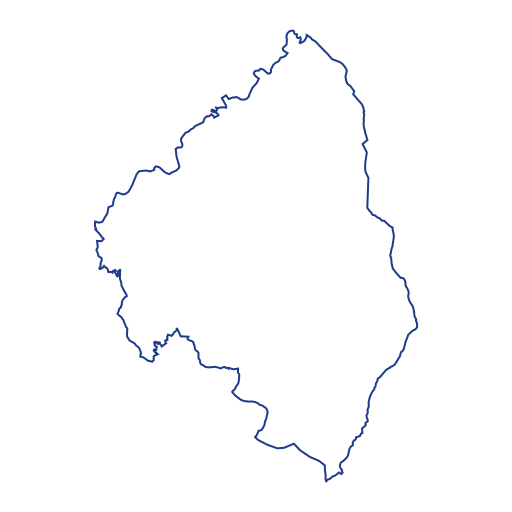 Dalboset, Caras-Severin, Romania (Albers equal-area conic projection)
{"feature_id": "2599482B18493175131384", "entity_name": "Dalboset", "entity_type": "district", "adm_level": 2, "iso_a3": "ROU", "parent_name": "Romania", "parent_adm1": "Caras-Severin", "projection": "albers", "projection_center": [21.932, 44.818], "detail": "fine", "context": "isolated", "style": "outline", "palette": "blue", "viewbox_px": 512, "rotation_deg": 0, "n_neighbors": 0, "source": "geoboundaries", "source_scale": "gbopen_adm2", "svg_char_len": 6017}
<svg xmlns="http://www.w3.org/2000/svg" viewBox="0 0 512 512"><path d="M232.7,390.9L232.2,391.9L235.1,395.4L241.0,399.9L244.4,401.1L248.8,401.6L252.5,401.5L255.5,402.2L257.9,403.2L259.6,404.8L262.3,405.5L266.5,408.6L267.7,412.0L266.2,418.6L265.0,421.7L264.4,425.1L261.9,429.7L259.9,430.6L258.6,430.8L256.9,434.9L255.1,437.1L258.1,440.0L267.2,444.7L277.3,448.3L284.1,447.8L293.9,443.7L300.1,450.3L310.0,457.0L318.9,460.8L324.8,465.3L324.9,470.0L325.7,475.4L325.5,478.2L326.0,481.2L326.3,481.3L327.6,479.7L329.9,478.9L332.0,476.9L333.7,476.0L335.4,475.5L338.9,472.5L341.3,474.0L342.6,472.7L341.9,471.2L342.1,470.1L341.2,469.3L340.2,467.2L339.8,465.5L340.8,462.6L343.5,460.8L346.3,458.1L347.5,456.3L348.3,454.4L349.3,449.2L350.8,446.6L352.5,445.6L353.0,444.4L352.7,443.0L353.0,441.9L354.1,440.4L355.2,439.9L356.0,438.7L356.0,437.3L359.8,436.1L361.2,433.5L362.4,432.9L362.0,428.5L365.6,425.4L365.5,423.0L367.7,421.3L367.8,420.3L366.6,416.8L366.5,415.4L367.4,413.8L367.8,411.6L367.5,409.8L368.1,408.1L368.5,407.7L368.8,405.6L368.6,402.7L369.1,399.9L370.0,396.5L371.8,392.6L374.3,389.1L374.5,387.6L375.5,386.5L375.8,383.9L377.6,380.2L377.7,378.7L379.8,377.3L386.4,369.6L390.3,367.5L390.4,367.0L392.6,366.1L395.0,364.3L400.1,355.9L400.5,353.7L401.2,351.9L402.4,351.3L403.8,349.0L405.5,342.2L408.3,334.7L412.1,331.1L415.4,329.3L417.1,327.3L417.1,324.4L416.4,321.3L416.0,320.8L416.1,319.3L414.5,316.3L414.2,312.9L413.5,309.0L412.6,306.1L409.7,301.6L408.8,299.2L408.1,296.1L408.7,293.4L408.5,291.3L407.3,288.5L405.9,286.3L405.4,284.1L405.5,282.9L405.1,280.9L404.2,279.2L402.8,277.9L400.6,277.8L395.7,272.3L392.8,268.5L391.6,263.2L391.1,257.7L390.2,255.8L391.6,248.8L392.7,245.7L392.6,245.3L393.9,236.5L393.5,233.4L392.6,229.6L392.6,227.6L389.7,226.0L384.4,221.0L383.2,220.6L381.9,220.6L381.2,220.1L379.6,218.2L377.9,217.7L374.7,215.3L372.5,214.8L370.7,211.9L369.4,210.8L367.3,207.8L368.4,177.8L365.6,172.1L365.1,168.5L365.3,162.9L366.8,152.4L362.6,144.0L367.4,140.0L365.4,133.3L363.8,126.5L363.6,123.1L363.9,119.8L363.6,119.1L364.2,114.9L363.6,112.0L364.2,111.7L364.1,110.7L363.6,109.5L363.6,108.5L362.9,106.4L361.8,104.2L353.2,94.3L354.2,91.3L350.3,85.9L349.4,85.5L347.1,83.3L346.0,80.1L345.6,77.4L345.6,75.4L346.2,73.7L346.8,71.0L346.2,68.9L344.5,66.4L342.4,63.9L339.9,62.1L332.9,59.5L331.7,58.8L328.0,54.4L318.7,45.0L316.7,42.7L314.8,41.0L312.1,39.5L310.4,37.4L306.7,35.1L306.8,36.4L305.0,39.9L303.8,41.4L300.3,43.2L299.6,42.5L300.8,39.7L300.7,38.6L300.2,37.2L298.3,38.1L297.4,37.7L296.7,36.9L297.0,34.3L295.1,34.2L294.5,33.6L293.8,31.3L293.3,30.7L291.5,30.7L289.0,31.6L287.0,33.9L286.4,37.2L286.9,39.4L286.6,44.3L285.5,45.7L283.6,47.1L282.7,48.7L283.5,50.7L287.6,53.1L285.2,56.1L282.8,57.2L280.6,57.7L278.6,61.3L275.5,62.9L273.4,64.7L270.9,69.6L271.0,72.1L269.7,73.5L267.7,73.5L263.4,69.6L260.3,68.8L258.9,70.6L257.0,70.6L254.8,71.2L253.7,73.4L255.1,75.6L256.2,76.7L258.9,78.7L256.5,83.3L252.6,87.5L249.9,93.2L248.6,96.9L246.7,98.8L244.4,99.6L241.2,99.6L236.7,97.1L232.4,97.6L228.8,99.1L226.0,95.4L221.8,98.1L225.8,105.0L226.3,107.1L226.1,107.7L224.0,107.3L220.9,107.4L218.1,108.0L216.2,107.7L217.2,109.6L216.6,110.7L215.7,111.0L212.4,109.7L211.7,109.8L211.6,111.4L215.8,112.5L217.6,113.7L218.5,115.3L214.1,117.6L213.4,116.0L211.6,114.3L209.1,116.3L207.2,116.2L204.7,118.0L203.3,122.0L202.0,122.9L195.3,125.9L193.4,128.0L190.6,129.6L188.5,131.6L185.5,132.8L182.3,136.9L181.0,139.0L181.1,141.4L182.2,143.6L182.4,145.9L181.3,147.4L177.4,147.6L175.7,149.0L176.5,156.5L179.4,166.6L178.5,168.4L176.2,170.6L171.1,172.8L169.5,174.2L166.3,173.1L164.1,171.6L159.6,167.4L156.8,166.5L155.3,166.6L154.2,168.4L154.2,169.9L150.4,171.4L145.8,170.5L139.0,171.3L136.7,174.1L132.1,185.4L128.5,191.8L125.0,194.2L122.4,194.3L118.3,192.8L116.9,192.8L115.9,194.4L115.2,197.1L114.0,199.0L113.3,201.9L113.1,204.3L112.4,205.7L108.5,207.2L107.4,213.2L102.3,221.8L99.6,222.6L97.9,222.5L95.2,221.5L94.9,226.4L95.9,228.1L96.2,229.6L95.6,229.7L100.2,234.6L102.1,237.5L103.6,238.6L103.7,239.0L101.5,241.2L97.0,240.9L97.3,242.5L97.7,247.1L97.5,248.0L96.5,249.4L96.6,250.8L97.3,251.9L98.5,256.1L101.2,257.9L101.7,258.8L101.9,259.7L100.6,263.1L100.5,266.2L99.3,268.5L99.8,269.1L102.4,268.0L104.0,265.9L105.5,267.4L107.0,268.2L107.8,269.7L108.1,271.7L108.5,272.1L111.0,271.8L112.4,272.7L113.2,270.8L115.3,270.0L115.8,270.8L114.8,271.4L114.7,271.9L116.8,275.4L116.9,276.1L117.5,276.4L118.2,275.6L118.2,274.8L117.8,271.7L119.6,269.9L120.2,269.9L120.2,271.1L119.9,272.1L120.1,272.7L119.9,278.8L121.3,282.7L121.4,285.4L124.2,291.0L126.5,294.8L126.8,296.1L125.1,297.1L122.9,299.7L122.3,301.0L121.8,302.9L121.9,304.4L121.1,306.0L120.9,307.4L119.3,308.6L118.8,310.7L117.5,313.8L119.8,316.1L121.0,316.7L123.5,320.4L126.1,327.2L127.3,328.3L127.0,334.8L127.2,336.8L129.6,340.5L134.6,343.4L136.1,345.5L138.0,346.9L139.3,348.2L141.1,353.0L140.8,353.3L140.3,356.6L143.5,357.4L148.4,361.0L149.5,360.9L152.0,361.8L153.7,360.1L153.7,356.5L154.9,355.4L156.5,355.0L156.7,354.3L157.7,354.1L156.6,353.1L155.7,352.9L153.7,350.5L154.2,349.5L156.1,350.3L156.4,349.7L156.1,348.9L156.9,347.1L156.8,346.7L155.0,345.8L154.5,344.8L155.0,343.8L154.9,343.4L154.1,342.8L154.1,342.5L155.0,341.8L155.6,341.7L157.0,342.5L157.4,343.6L158.0,344.0L158.4,343.4L158.5,342.3L159.8,342.5L160.0,344.1L161.5,345.6L161.7,346.4L163.0,345.3L163.7,345.3L164.4,344.4L166.2,343.2L165.1,341.0L165.5,340.4L167.4,340.0L167.0,338.7L167.5,337.6L167.2,336.8L168.0,334.7L170.5,335.4L171.1,335.3L171.6,335.8L173.0,334.4L173.8,332.7L176.8,330.1L176.6,328.0L177.8,329.8L180.7,336.3L188.4,336.7L187.6,338.3L187.7,339.3L188.4,339.9L192.5,341.4L193.5,342.5L193.5,343.7L194.3,344.9L195.1,349.3L195.8,350.4L197.5,351.5L198.4,352.6L198.6,358.6L199.5,359.4L199.9,360.6L200.3,363.1L201.1,364.3L203.9,365.7L205.4,366.9L208.8,367.4L215.6,366.8L220.8,368.4L223.3,367.1L224.5,366.9L225.1,367.1L225.7,367.9L228.8,367.9L228.8,368.6L229.5,368.2L233.6,369.3L238.1,368.6L237.9,372.2L239.3,374.8L239.0,379.1L238.5,382.6L238.0,383.8L236.7,385.6L234.8,389.1L233.7,390.4L232.7,390.9Z" fill="none" stroke="#1e3a8a" stroke-width="2"/></svg>